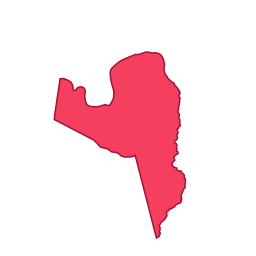 Petrolândia, Pernambuco, Brazil, rotated 121°
{"feature_id": "56859067B45714966424810", "entity_name": "Petrolândia", "entity_type": "district", "adm_level": 2, "iso_a3": "BRA", "parent_name": "Brazil", "parent_adm1": "Pernambuco", "projection": "albers", "projection_center": [-38.304, -8.913], "detail": "fine", "context": "isolated", "style": "filled", "palette": "rose", "viewbox_px": 256, "rotation_deg": 121, "n_neighbors": 0, "source": "geoboundaries", "source_scale": "gbopen_adm2", "svg_char_len": 2660}
<svg xmlns="http://www.w3.org/2000/svg" viewBox="0 0 256 256"><g transform="rotate(121 128 128)"><path d="M66.0,111.1L65.9,114.5L64.7,119.8L63.5,121.6L62.6,124.0L60.8,126.0L59.0,127.4L58.1,127.9L54.6,129.4L53.5,130.6L51.5,132.4L50.7,133.3L49.4,135.3L48.6,137.4L48.4,138.9L48.4,140.3L49.5,143.6L50.4,144.7L51.2,145.7L52.6,149.8L54.1,152.3L55.9,153.6L59.5,156.8L60.5,158.2L60.9,159.3L66.5,163.6L68.5,165.0L70.7,166.6L72.4,167.6L73.2,168.3L76.0,169.7L79.9,171.2L82.3,171.8L83.6,172.3L85.3,172.6L87.4,172.6L89.1,172.1L91.6,170.6L95.3,167.7L98.7,164.5L103.5,159.3L105.8,157.9L108.5,156.5L109.9,155.9L111.3,155.5L114.5,155.4L117.2,155.4L118.4,155.8L119.4,157.5L119.5,159.4L124.7,164.1L126.7,167.0L128.5,170.8L129.0,171.8L129.3,173.2L128.9,175.7L126.5,178.7L124.1,180.8L121.1,182.4L119.8,182.9L118.1,183.8L116.8,185.3L116.4,186.6L116.4,188.0L117.2,190.0L118.7,191.5L120.2,192.3L122.3,192.3L123.7,193.5L123.3,195.0L119.9,197.2L119.2,198.6L118.1,200.1L118.0,204.6L118.4,206.3L118.6,207.9L118.9,208.9L119.8,210.2L120.9,211.6L123.1,210.6L130.3,207.6L141.2,203.1L154.2,197.7L158.7,195.5L157.9,182.6L156.4,158.0L156.4,156.6L156.2,153.7L156.0,151.9L156.1,150.3L156.5,149.0L156.8,148.0L157.0,146.5L157.7,144.8L158.3,142.7L158.5,141.2L157.7,139.2L157.5,137.7L156.8,136.3L156.5,134.6L156.6,132.3L157.0,130.5L156.4,128.6L155.8,127.0L155.3,126.1L154.9,124.9L154.8,122.8L155.4,119.0L155.0,117.2L154.1,115.0L152.9,113.3L151.9,111.4L149.4,108.8L147.8,107.7L185.0,69.9L196.3,58.5L207.6,47.0L206.3,46.2L205.0,45.4L203.7,45.8L201.6,46.1L200.8,47.8L199.1,47.9L197.7,48.7L196.6,49.4L196.4,50.5L195.3,51.1L194.2,50.9L191.9,50.9L190.2,50.5L188.1,49.6L186.2,49.7L184.5,49.3L182.8,49.6L181.9,50.4L181.0,51.4L179.5,51.4L178.3,50.7L176.5,50.9L175.4,49.6L173.8,48.8L171.4,47.5L169.4,47.4L168.1,46.6L166.4,45.7L165.4,44.6L164.0,44.4L161.7,45.4L160.5,45.8L159.6,47.0L157.2,48.1L155.8,48.1L153.2,48.6L151.0,48.7L149.4,48.4L148.0,49.5L146.3,50.5L145.0,50.9L143.6,51.5L142.0,52.9L141.7,54.1L139.7,55.2L138.9,56.5L138.4,59.6L137.5,60.6L138.8,62.0L138.9,64.2L137.2,65.7L137.8,67.1L137.7,69.3L137.3,70.9L135.7,71.8L134.3,71.9L132.8,71.5L131.6,71.2L130.6,72.3L129.7,73.6L127.5,73.5L125.7,72.8L123.9,71.9L122.7,73.3L122.8,74.4L120.7,75.2L120.4,76.1L119.4,76.6L117.5,77.3L116.5,78.4L116.9,79.9L115.5,81.3L113.0,80.2L111.1,80.3L109.4,82.1L108.4,82.6L106.4,82.5L105.5,83.5L104.0,85.1L102.2,84.5L100.8,85.1L99.5,84.4L98.4,84.8L97.5,85.8L94.0,88.0L93.5,89.7L91.6,90.2L90.4,90.6L89.6,91.2L88.7,93.6L87.0,94.0L85.9,94.4L84.6,95.1L80.2,96.7L78.8,97.3L77.3,98.3L75.8,98.5L74.5,101.1L71.9,101.1L70.2,102.4L68.9,105.0L67.9,107.3L67.0,110.7L66.0,111.1Z" fill="#f43f5e" stroke="#9f1239" stroke-width="1.5"/></g></svg>